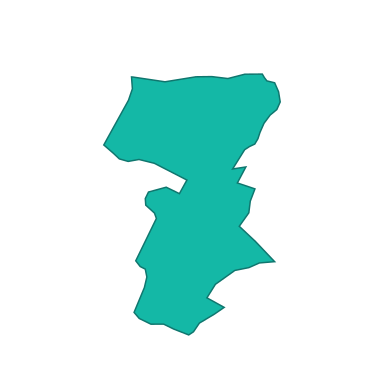 SVG path tracing the border of Kitgum, rotated 296°
{"feature_id": "UGA-3096", "entity_name": "Kitgum", "entity_type": "District", "adm_level": 1, "iso_a3": "UGA", "parent_name": "Uganda", "parent_adm1": "", "projection": "orthographic", "projection_center": [33.268, 3.395], "detail": "fine", "context": "isolated", "style": "filled", "palette": "teal", "viewbox_px": 384, "rotation_deg": 296, "n_neighbors": 0, "source": "natural_earth", "source_scale": "10m", "svg_char_len": 969}
<svg xmlns="http://www.w3.org/2000/svg" viewBox="0 0 384 384"><g transform="rotate(296 192 192)"><path d="M246.6,94.7L258.6,93.2L268.9,87.2L269.4,88.4L279.2,119.4L297.3,145.1L304.4,159.2L309.7,174.5L321.0,187.8L328.8,203.5L326.5,207.0L324.7,210.6L326.4,218.4L320.0,225.9L311.6,231.8L303.3,232.1L295.4,228.5L285.3,226.6L275.2,227.0L268.8,227.9L262.6,227.4L258.0,223.7L253.1,220.8L230.5,218.4L238.1,229.4L220.0,228.8L222.4,247.2L209.3,248.4L198.2,252.2L181.9,249.5L175.3,270.8L165.6,296.8L157.8,283.7L149.0,276.3L140.3,264.9L119.3,253.5L103.4,251.8L102.4,271.5L92.3,265.8L77.4,256.1L67.0,254.6L62.1,251.7L60.8,235.8L60.8,224.4L55.2,213.0L55.2,200.0L58.4,192.7L85.2,191.1L95.8,188.7L102.2,183.8L102.3,178.1L105.5,171.6L152.6,171.6L156.6,167.5L159.9,156.2L165.6,152.9L172.9,152.9L185.0,166.7L185.0,181.4L200.5,182.2L201.3,145.6L198.0,130.1L191.5,121.2L189.9,112.2L192.4,104.1L195.6,92.1L202.0,92.4L246.6,94.7Z" fill="#14b8a6" stroke="#0f766e" stroke-width="1.5"/></g></svg>